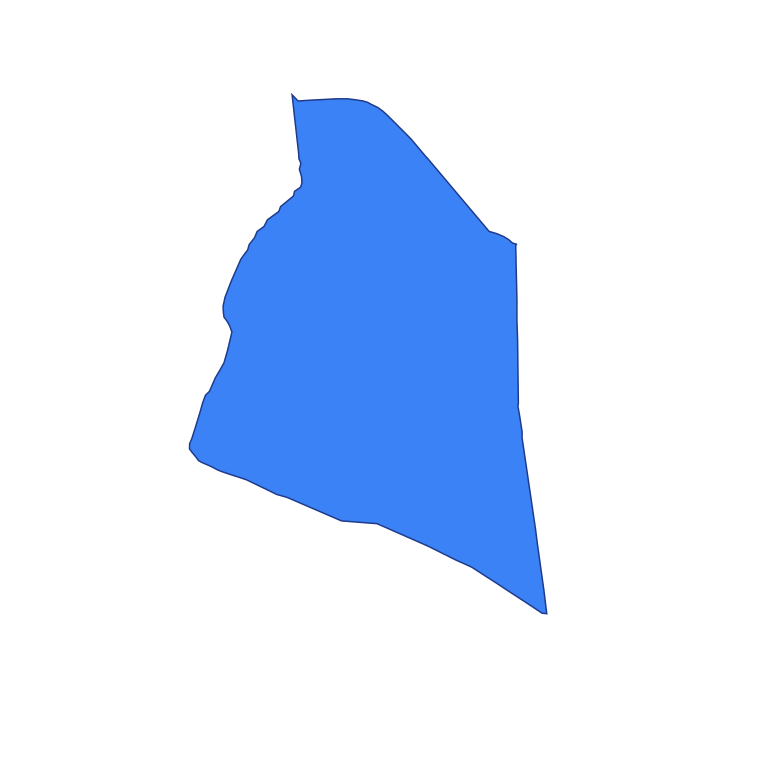 Al Leri, South Kordufan, Sudan, rotated 230°
{"feature_id": "16777658B28886602001992", "entity_name": "Al Leri", "entity_type": "district", "adm_level": 2, "iso_a3": "SDN", "parent_name": "Sudan", "parent_adm1": "South Kordufan", "projection": "mercator", "projection_center": [30.87, 10.168], "detail": "fine", "context": "isolated", "style": "filled", "palette": "blue", "viewbox_px": 768, "rotation_deg": 230, "n_neighbors": 0, "source": "geoboundaries", "source_scale": "gbopen_adm2", "svg_char_len": 1731}
<svg xmlns="http://www.w3.org/2000/svg" viewBox="0 0 768 768"><g transform="rotate(230 384 384)"><path d="M664.6,499.5L649.5,489.4L615.6,466.9L611.2,463.6L606.5,462.2L602.9,457.2L596.0,454.2L590.9,450.5L588.4,446.7L589.1,439.3L586.2,435.5L586.4,418.8L583.8,414.4L584.7,400.2L581.8,393.4L582.4,384.9L579.2,378.7L577.5,370.4L574.3,365.7L573.1,360.2L571.6,354.5L561.1,333.3L552.7,318.1L547.1,310.8L542.0,306.9L538.0,304.4L532.4,304.1L527.7,303.1L521.6,300.9L518.2,296.4L510.7,286.3L503.1,275.1L500.4,267.9L499.9,266.6L497.2,258.9L490.6,245.6L490.1,239.9L486.2,233.1L480.3,224.4L472.2,211.9L465.6,201.5L463.2,196.7L459.2,193.2L454.3,193.0L449.7,193.0L444.5,192.7L440.6,194.2L436.7,196.2L432.0,198.5L424.7,201.5L420.9,203.6L420.4,203.9L420.3,204.0L420.2,204.0L417.2,205.8L414.1,207.7L408.7,211.1L399.0,217.1L392.3,220.1L385.2,223.3L368.4,230.8L359.5,236.8L306.5,263.4L295.9,274.2L285.0,285.3L281.6,288.8L232.1,313.2L220.0,318.5L216.5,320.0L207.8,323.8L203.2,325.8L187.2,333.5L169.5,338.9L159.3,342.1L147.4,345.6L142.8,347.0L129.3,351.1L113.6,355.8L112.1,356.2L107.1,357.7L106.8,357.8L105.5,359.0L104.4,360.1L103.4,361.0L123.5,374.1L143.4,386.5L147.0,388.8L162.9,398.7L173.3,405.4L173.5,405.6L254.2,455.3L258.5,459.0L273.2,467.9L280.9,472.3L282.7,474.4L307.4,494.6L331.8,514.6L347.4,526.8L360.8,538.0L361.0,538.3L387.1,559.2L391.4,562.6L394.8,565.4L405.4,573.9L405.9,575.3L409.5,573.0L414.5,572.3L420.1,570.4L426.7,567.0L430.5,564.5L433.3,562.6L530.2,562.4L530.8,562.2L554.2,562.2L562.8,561.5L570.5,560.8L578.8,560.1L587.0,559.4L593.6,558.5L599.4,557.1L606.2,554.1L610.3,552.5L614.4,549.8L621.0,544.0L625.9,539.4L633.2,530.7L641.3,519.9L648.4,510.5L656.0,500.1L664.6,499.5Z" fill="#3b82f6" stroke="#1e3a8a" stroke-width="1.5"/></g></svg>